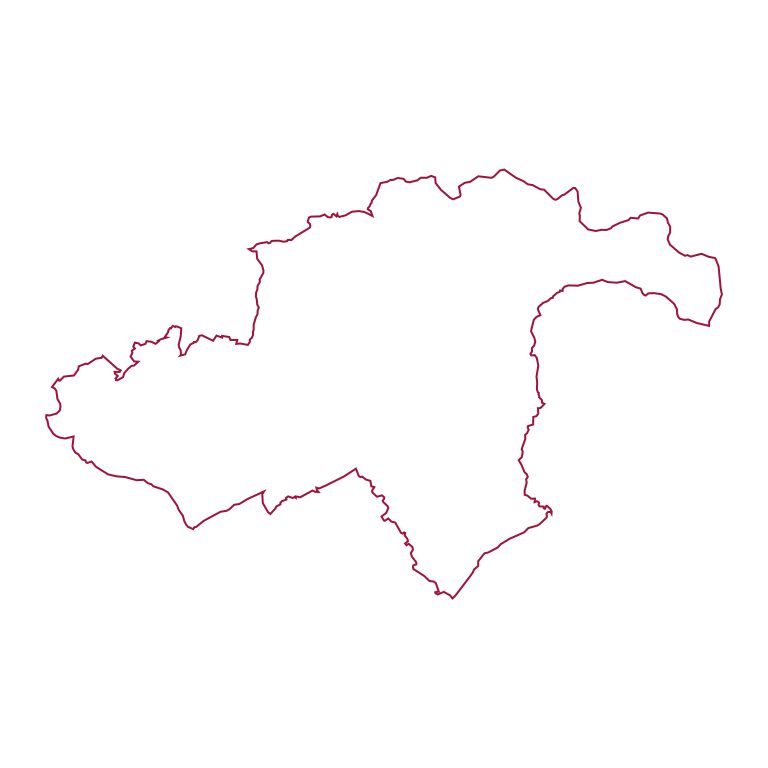 outline of Glodeni, Dâmbovita, Romania
{"feature_id": "2599482B94470616232964", "entity_name": "Glodeni", "entity_type": "district", "adm_level": 2, "iso_a3": "ROU", "parent_name": "Romania", "parent_adm1": "Dâmbovita", "projection": "orthographic", "projection_center": [25.472, 45.017], "detail": "fine", "context": "isolated", "style": "outline", "palette": "rose", "viewbox_px": 768, "rotation_deg": 0, "n_neighbors": 0, "source": "geoboundaries", "source_scale": "gbopen_adm2", "svg_char_len": 6089}
<svg xmlns="http://www.w3.org/2000/svg" viewBox="0 0 768 768"><path d="M551.5,513.5L551.7,511.4L550.4,509.0L547.0,505.8L546.4,505.8L545.0,508.8L543.8,508.3L543.7,506.6L539.5,506.4L538.6,504.7L539.1,502.8L538.6,502.2L536.8,501.2L534.6,502.1L535.0,498.6L531.0,498.7L527.4,495.6L524.7,494.8L524.6,490.5L526.7,482.8L526.1,479.4L527.8,476.9L526.8,474.3L524.4,472.0L521.4,464.7L518.7,460.1L521.6,457.4L522.4,454.6L522.7,451.3L521.8,449.7L521.9,448.5L525.4,438.7L525.0,435.1L527.2,433.0L528.6,429.8L527.7,427.3L528.0,426.1L533.1,424.5L533.3,417.0L536.4,416.1L538.3,413.7L537.9,408.2L540.5,408.0L544.5,403.9L541.9,402.5L542.0,400.2L539.1,397.3L539.3,396.0L538.4,394.3L538.9,393.0L537.7,392.0L536.9,389.3L537.2,382.5L536.5,376.6L538.3,365.6L536.8,357.9L534.8,355.2L531.2,355.4L530.4,353.9L532.0,351.6L531.9,348.0L534.1,345.7L535.3,341.6L534.4,338.0L531.0,331.1L533.8,319.8L536.5,316.9L540.4,315.2L538.1,309.9L537.9,308.5L538.6,306.8L543.1,302.9L547.7,301.0L551.2,298.0L552.9,297.8L553.0,296.4L557.1,292.8L559.7,291.9L560.1,290.4L562.5,291.0L562.8,288.7L564.6,286.7L568.4,285.4L577.9,285.7L587.3,283.0L593.4,282.7L602.2,279.8L607.8,282.1L616.9,282.7L625.1,281.1L636.1,287.3L640.6,288.6L642.5,293.2L644.2,295.0L645.8,295.5L648.3,293.4L653.9,293.1L661.2,294.2L666.0,296.6L674.2,303.9L677.0,309.6L677.1,313.9L678.5,317.3L679.8,318.7L684.1,319.9L688.4,319.5L696.7,323.0L709.1,325.9L709.2,321.5L715.6,309.1L718.1,307.4L719.7,304.4L720.0,299.3L721.9,294.4L720.7,288.5L718.6,266.6L715.7,259.0L714.9,258.0L708.7,256.8L701.5,253.8L690.8,256.6L687.5,255.1L685.1,255.8L679.3,252.7L670.0,244.7L667.7,239.4L668.1,236.4L670.1,232.6L670.2,226.6L667.9,222.7L667.0,218.4L662.5,214.4L659.8,213.5L648.1,212.6L640.0,215.5L638.2,218.5L630.6,217.8L628.5,220.1L620.2,222.7L612.7,226.3L610.9,228.3L606.3,230.0L601.6,229.8L595.8,231.0L588.1,229.4L579.6,221.1L579.9,215.4L579.2,213.7L580.9,207.7L578.4,201.8L577.6,191.6L575.2,188.1L573.2,188.0L564.4,194.6L562.2,195.2L557.3,199.2L555.3,199.8L553.1,198.7L544.1,189.7L540.2,189.2L532.6,185.1L527.8,184.3L523.4,181.1L516.0,177.8L504.3,169.6L499.9,170.5L493.9,176.6L491.5,177.8L478.3,176.3L470.0,181.9L464.8,182.8L458.9,186.6L460.6,194.8L460.0,196.5L453.2,199.3L450.2,197.9L441.0,189.9L435.6,183.0L435.2,177.4L431.2,175.9L426.8,177.8L420.8,177.7L417.2,180.4L409.3,182.3L405.7,181.5L403.6,178.8L397.6,178.0L393.2,179.9L390.3,180.0L387.3,181.8L380.5,183.1L376.1,195.2L371.8,200.7L371.6,202.9L370.4,204.1L369.5,206.6L367.9,208.1L367.8,209.3L370.7,211.0L372.5,216.0L364.5,212.0L358.8,211.1L352.1,211.7L345.6,215.3L339.4,216.9L338.0,216.2L337.3,214.1L336.4,216.3L333.4,213.8L332.0,214.8L331.6,217.0L330.6,217.5L327.8,217.1L324.6,214.5L320.1,216.4L311.1,216.6L309.0,217.5L307.9,220.9L307.8,222.1L309.9,223.8L310.2,225.1L310.3,226.7L309.6,227.8L295.1,236.6L291.5,240.0L287.7,239.9L286.9,241.3L283.1,241.7L279.1,240.7L273.4,240.8L271.5,241.1L270.0,242.9L268.3,243.3L267.1,242.1L260.1,243.3L256.5,244.4L253.3,248.1L248.8,249.1L252.3,251.3L256.5,251.4L257.2,258.8L262.0,265.3L263.5,270.6L263.3,273.1L259.6,279.5L259.9,282.0L257.5,286.1L257.4,289.3L256.1,292.7L255.9,296.5L256.8,299.3L257.2,304.6L258.8,307.5L257.6,310.9L257.5,314.2L255.8,317.4L253.6,324.9L253.7,329.7L253.0,331.6L253.0,335.2L251.8,337.8L249.7,339.8L249.9,341.8L247.9,344.9L240.3,343.5L236.3,343.9L237.2,339.9L230.5,340.0L229.2,337.0L222.1,335.9L222.1,337.6L216.5,335.6L213.1,340.8L202.0,335.3L199.2,335.9L197.9,339.8L195.8,342.2L193.9,342.0L193.7,342.9L190.4,344.4L186.9,350.0L185.2,354.3L180.3,355.6L181.0,354.8L180.7,350.4L178.9,346.9L178.7,344.5L180.7,336.3L181.3,328.3L177.3,326.6L175.7,326.3L175.3,327.0L172.7,325.9L171.1,328.3L170.2,327.9L168.3,330.5L168.2,332.1L164.8,337.0L166.8,337.5L160.5,339.4L157.9,340.8L158.6,341.4L155.6,343.8L151.1,341.7L146.5,341.2L145.4,343.9L140.7,345.4L138.6,343.4L134.9,342.6L133.3,346.7L134.9,348.5L131.9,350.6L132.4,352.8L130.6,356.6L134.2,361.4L138.3,361.7L134.1,365.5L131.4,366.0L127.9,369.0L124.2,373.2L123.1,377.1L117.5,380.3L116.1,380.1L116.3,379.4L115.5,378.5L117.7,375.9L114.9,373.5L114.6,371.9L119.8,371.9L120.7,370.4L117.0,368.5L102.7,355.7L101.7,357.8L95.8,358.7L87.7,364.1L85.8,363.6L78.8,366.3L78.1,369.7L74.0,375.5L63.9,376.6L59.9,380.7L59.0,380.5L58.2,378.8L52.0,387.1L54.9,388.6L56.4,391.0L57.4,398.9L60.1,403.6L60.5,406.2L59.8,410.5L56.7,413.5L49.6,415.5L46.4,415.1L46.1,417.9L47.5,420.9L48.6,426.7L53.4,433.9L56.0,435.9L59.5,437.5L65.1,438.5L73.6,436.5L72.5,446.4L73.2,449.0L75.4,452.7L78.2,454.1L82.1,459.5L85.3,460.3L86.2,462.5L87.4,462.9L91.6,461.5L96.0,466.8L108.1,474.4L117.0,476.4L125.0,477.0L136.6,480.2L143.8,479.8L148.0,483.3L151.4,484.3L153.3,486.3L162.6,489.3L168.1,492.5L177.2,505.7L178.7,509.8L182.9,515.8L184.4,521.4L186.1,524.5L188.1,526.9L193.2,529.1L194.4,527.2L196.2,526.9L203.8,520.8L220.4,511.8L226.6,510.8L229.6,509.1L234.1,504.8L239.3,504.0L247.2,499.2L264.0,491.4L262.3,494.2L262.8,503.1L268.0,512.1L270.3,514.0L275.4,508.5L276.3,506.5L280.4,504.4L280.3,502.9L282.0,501.1L286.5,499.5L286.0,497.9L288.1,496.4L292.7,498.0L294.5,497.0L295.8,497.9L295.8,496.4L300.2,497.3L312.6,490.5L315.0,491.8L318.5,492.0L316.9,490.2L316.4,487.7L318.9,488.5L325.3,485.8L343.9,476.5L355.9,468.7L358.9,476.2L360.5,477.1L362.2,476.6L366.0,479.6L370.3,480.8L371.3,486.3L374.3,487.1L372.1,490.5L372.3,492.3L373.3,493.4L377.0,496.7L382.0,495.4L384.2,497.3L384.2,498.6L382.7,500.8L382.9,501.6L387.8,506.4L388.3,508.1L386.3,512.8L381.5,516.5L383.9,520.5L384.8,520.8L388.3,518.5L391.5,521.7L395.2,522.5L401.0,532.8L402.4,533.6L404.3,532.4L405.2,532.9L404.6,535.3L407.5,539.1L407.9,541.2L405.1,543.5L406.5,545.2L408.7,543.8L412.4,546.9L412.9,549.9L410.8,553.1L412.0,556.8L416.2,562.2L416.3,564.4L413.4,565.3L412.9,566.7L413.4,569.0L424.1,575.9L429.5,581.0L433.5,581.5L435.8,583.1L438.8,591.6L435.3,592.2L435.4,593.1L437.7,594.5L443.8,591.9L450.0,595.3L452.5,598.4L455.4,595.6L470.1,576.3L472.9,572.4L474.0,569.5L478.2,566.0L478.2,561.2L484.5,553.3L488.4,552.4L497.7,547.5L500.8,544.1L509.7,538.7L524.1,532.4L528.3,528.1L537.2,525.6L539.6,524.1L546.5,517.7L546.9,516.2L546.5,513.6L547.9,512.0L550.7,511.9L551.5,513.5Z" fill="none" stroke="#9f1239" stroke-width="2"/></svg>